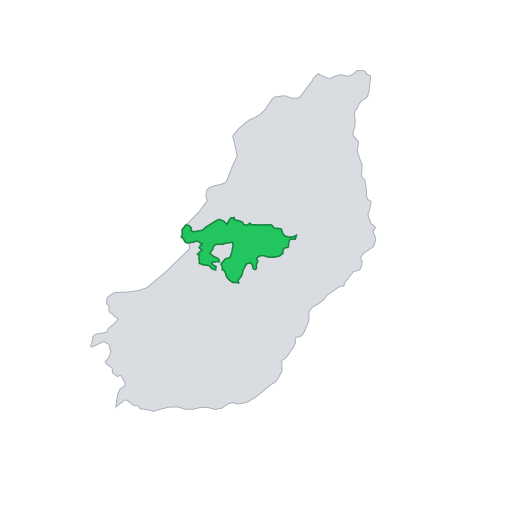 Pest on a map of Hungary (Natural Earth projection), rotated 319°
{"feature_id": "HUN-3164", "entity_name": "Pest", "entity_type": "County", "adm_level": 1, "iso_a3": "HUN", "parent_name": "Hungary", "parent_adm1": "", "projection": "natural_earth1", "projection_center": [19.256, 47.5], "detail": "fine", "context": "in_parent", "style": "filled", "palette": "green", "viewbox_px": 512, "rotation_deg": 319, "n_neighbors": 0, "source": "natural_earth", "source_scale": "10m", "svg_char_len": 4759}
<svg xmlns="http://www.w3.org/2000/svg" viewBox="0 0 512 512"><g transform="rotate(319 256 256)"><path d="M415.5,159.6L421.2,159.0L421.5,159.1L422.8,159.4L423.8,163.0L424.0,163.2L425.4,165.6L426.8,168.7L428.8,171.0L433.2,172.0L439.1,174.9L442.9,180.4L448.6,182.7L449.0,182.7L450.1,182.4L454.2,182.3L455.0,183.4L458.3,186.0L459.6,188.4L459.0,190.9L459.6,193.7L460.8,194.7L459.4,196.6L449.0,206.1L444.9,208.6L442.1,209.1L437.8,208.1L433.4,208.9L429.4,210.9L425.8,211.5L423.0,214.0L419.5,219.1L415.1,223.5L410.7,226.2L408.4,228.7L408.3,237.1L405.8,239.5L402.5,241.9L400.7,244.1L395.8,256.9L392.0,261.0L388.4,264.1L387.8,267.0L387.9,270.3L383.8,276.9L378.5,283.7L377.4,286.5L378.7,290.3L373.5,294.6L370.5,296.7L368.0,297.7L366.5,300.5L364.0,307.1L364.7,310.1L364.8,312.8L360.4,314.4L359.1,317.4L358.0,321.2L356.2,322.8L351.2,325.9L338.9,324.6L334.2,325.6L332.8,327.9L332.6,329.6L331.0,331.3L328.2,333.4L325.4,334.3L318.9,331.8L305.1,334.4L302.8,336.3L300.8,334.9L297.9,333.7L284.0,332.2L278.6,333.4L271.3,332.9L264.5,331.6L259.5,332.7L255.0,337.9L252.8,339.7L251.1,340.8L247.3,342.5L244.1,344.4L239.9,345.9L236.1,345.7L232.5,343.4L231.2,343.9L230.1,346.0L228.2,347.8L222.8,350.0L221.4,349.9L221.1,349.9L217.0,351.5L210.3,352.4L206.9,351.8L200.7,359.1L198.8,360.4L192.9,362.6L188.1,363.8L184.0,362.9L182.3,362.8L164.0,362.4L154.5,360.9L148.4,358.0L144.3,354.8L142.4,351.3L137.7,349.2L130.2,348.4L124.4,345.0L120.3,338.7L114.7,333.8L107.6,330.2L102.0,325.1L97.9,318.5L90.5,312.5L79.7,307.2L76.5,306.1L75.9,304.3L70.6,297.8L68.4,295.4L68.7,292.1L67.6,290.3L65.7,289.0L64.7,284.3L64.2,280.8L62.7,278.5L51.2,278.0L60.9,269.7L65.8,267.3L71.3,267.7L73.1,267.0L73.6,265.8L74.6,263.1L75.1,260.5L75.6,258.1L75.0,256.7L72.4,256.3L71.1,250.3L72.5,248.1L73.9,246.5L72.3,239.2L72.9,236.8L77.2,236.4L80.8,234.8L83.8,233.1L84.6,230.8L87.1,226.3L84.9,220.7L72.5,217.0L71.8,215.6L74.8,214.1L77.9,211.8L79.7,210.0L82.1,209.8L85.5,210.7L91.5,214.7L93.8,215.3L96.1,214.1L98.5,213.9L105.1,214.0L110.8,213.1L109.5,208.8L109.6,205.7L108.7,203.2L109.3,200.4L111.6,198.3L112.3,193.4L115.8,190.2L117.5,189.7L123.7,190.3L125.1,191.2L126.1,191.4L135.8,199.3L145.1,205.2L152.7,208.3L163.9,208.5L175.8,208.8L195.8,207.8L210.7,207.0L211.7,205.5L214.0,201.9L212.2,198.9L212.3,195.3L214.8,190.6L222.2,186.8L243.3,185.1L255.5,182.2L257.3,178.2L261.3,174.3L265.0,173.6L270.0,175.3L276.1,178.8L281.4,180.6L284.6,179.4L295.3,173.6L307.6,168.0L316.0,152.7L316.9,150.3L326.0,148.5L339.5,148.8L346.3,150.8L351.5,151.9L359.3,151.5L370.4,148.2L374.5,148.3L377.8,150.7L381.3,152.7L383.7,155.1L385.5,158.6L386.5,159.9L388.1,161.7L390.9,164.1L393.7,164.7L414.3,160.5L415.5,159.6Z" fill="#d9dde1" stroke="#a8b0b8" stroke-width="1"/><path d="M216.2,203.5L216.3,203.5L214.0,202.1L212.2,200.6L211.8,199.1L212.0,197.5L212.6,194.4L212.4,193.5L212.0,193.2L211.9,192.9L212.7,192.1L213.2,191.8L214.4,191.6L215.0,191.2L216.6,188.3L217.7,187.6L223.4,186.5L225.4,188.9L225.6,192.5L223.5,194.1L224.9,196.8L232.4,201.4L237.2,201.3L250.1,203.4L252.4,204.3L254.4,208.2L255.0,213.2L258.6,211.4L262.4,210.8L263.2,212.0L264.0,212.3L264.7,212.5L264.4,213.5L263.7,214.5L264.3,215.9L265.4,217.0L267.1,219.4L267.2,220.7L268.1,221.7L267.4,224.0L268.6,226.1L270.5,227.2L272.8,227.0L273.1,228.4L273.1,229.6L275.6,231.6L276.8,232.9L287.7,242.2L288.2,243.3L288.2,244.7L287.9,245.8L288.1,246.9L289.1,248.3L290.6,249.3L292.8,252.3L291.2,255.8L290.9,259.5L292.9,263.0L296.2,265.6L300.1,266.9L296.7,269.1L294.4,267.0L292.4,265.9L290.7,266.6L289.0,267.7L286.5,270.4L284.5,269.8L282.7,268.6L280.8,269.0L279.1,270.4L278.1,271.6L276.9,271.7L275.8,271.4L273.9,271.5L269.2,269.0L266.4,266.6L265.0,265.4L261.7,260.5L259.4,258.6L255.3,258.0L254.4,259.0L254.3,260.5L253.5,261.6L251.7,262.2L250.0,263.2L248.6,265.5L246.8,266.0L245.6,264.4L246.1,262.2L247.5,260.2L247.3,257.9L245.5,256.3L243.4,255.8L236.8,258.4L232.3,261.5L229.5,262.2L226.7,262.4L225.4,265.0L222.4,261.8L221.4,261.2L221.1,260.6L220.6,259.0L220.0,256.0L220.0,254.5L220.1,252.9L220.5,251.5L221.7,249.2L222.4,245.4L221.4,244.1L223.0,243.0L223.8,241.0L224.2,239.1L231.1,238.0L234.2,239.6L235.9,239.8L241.7,236.3L242.8,235.0L245.7,233.1L247.1,230.1L246.2,229.3L245.0,228.9L240.5,225.8L239.1,226.0L238.9,225.1L236.7,223.8L235.3,222.3L232.7,220.8L229.8,221.0L228.4,222.2L226.8,222.9L223.1,223.4L223.6,227.9L225.8,233.1L225.8,234.1L224.6,236.4L222.8,234.5L220.8,233.5L219.1,232.0L217.6,232.6L217.9,235.2L219.0,237.7L216.4,240.1L215.7,239.3L214.1,235.9L214.5,233.7L213.8,231.8L210.7,228.5L208.3,224.3L209.9,223.0L210.8,221.0L212.1,219.5L213.8,218.4L213.4,217.3L212.8,216.4L216.0,216.0L219.1,216.3L218.5,212.4L220.9,211.6L222.3,212.0L223.4,211.2L222.6,210.5L222.3,208.2L221.7,206.9L220.3,205.1L218.2,204.7L216.4,203.6L216.2,203.5Z" fill="#22c55e" stroke="#15803d" stroke-width="1.5"/></g></svg>